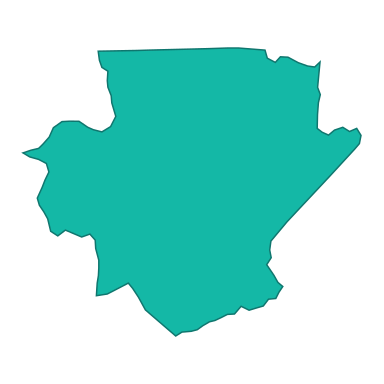 Pinhalzinho, São Paulo, Brazil
{"feature_id": "56859067B83412128761975", "entity_name": "Pinhalzinho", "entity_type": "district", "adm_level": 2, "iso_a3": "BRA", "parent_name": "Brazil", "parent_adm1": "São Paulo", "projection": "robinson", "projection_center": [-46.579, -22.785], "detail": "fine", "context": "isolated", "style": "filled", "palette": "teal", "viewbox_px": 384, "rotation_deg": 0, "n_neighbors": 0, "source": "geoboundaries", "source_scale": "gbopen_adm2", "svg_char_len": 1334}
<svg xmlns="http://www.w3.org/2000/svg" viewBox="0 0 384 384"><path d="M282.8,286.5L277.9,282.4L273.9,275.3L266.7,264.7L271.2,257.7L269.7,250.0L270.9,241.1L287.1,221.7L330.3,175.6L354.7,149.1L359.4,143.6L361.0,135.4L356.7,128.4L349.5,131.5L342.8,127.3L334.5,130.1L328.5,135.1L322.1,132.2L317.2,128.4L317.5,114.6L318.4,102.7L320.3,94.6L317.6,87.4L320.0,62.0L314.7,67.0L307.5,66.0L298.3,62.7L288.0,57.2L280.4,56.8L275.3,62.4L267.3,58.2L265.0,50.1L238.4,48.0L228.3,48.0L206.8,48.7L149.6,50.1L136.6,50.5L98.2,51.2L99.4,60.2L101.9,67.4L107.9,71.2L107.3,80.7L107.9,87.2L111.2,95.7L111.8,102.9L115.8,116.4L110.6,126.6L101.9,131.9L93.3,129.7L87.8,127.3L79.0,121.3L69.6,121.2L62.0,121.6L53.4,127.7L49.2,137.1L42.8,144.3L38.6,148.4L31.0,150.2L23.0,152.9L29.7,156.9L38.6,159.4L46.4,163.5L48.9,172.0L45.0,180.1L42.2,187.3L37.3,198.1L39.4,205.3L43.8,211.8L47.7,218.8L50.7,231.3L57.8,235.9L65.4,230.1L81.7,237.0L89.9,234.1L95.2,240.1L95.7,248.5L98.8,260.2L98.8,267.9L98.4,275.7L97.2,283.1L96.4,295.7L107.3,294.0L114.1,290.5L128.3,283.1L132.6,288.3L138.4,297.1L145.4,309.9L175.7,336.0L181.9,332.1L191.2,331.3L197.3,329.7L202.8,325.7L209.5,321.8L214.9,320.5L221.1,317.6L227.4,314.4L234.5,314.0L241.1,306.3L249.1,310.2L257.0,307.8L263.3,306.0L268.5,299.2L275.8,298.5L278.9,292.3L282.8,286.5Z" fill="#14b8a6" stroke="#0f766e" stroke-width="1.5"/></svg>